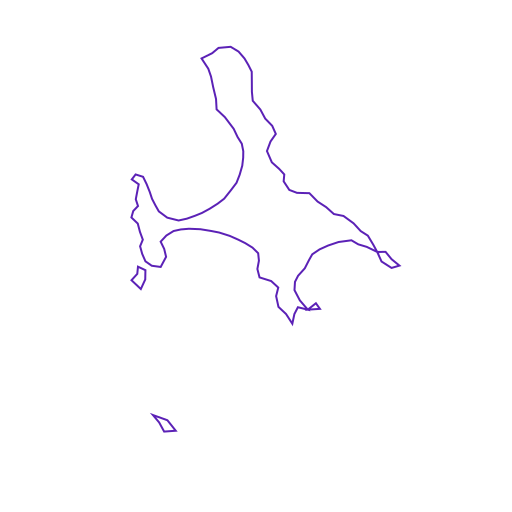 Bombinhas, Santa Catarina, Brazil, rotated 106°
{"feature_id": "56859067B26603049963849", "entity_name": "Bombinhas", "entity_type": "district", "adm_level": 2, "iso_a3": "BRA", "parent_name": "Brazil", "parent_adm1": "Santa Catarina", "projection": "natural_earth1", "projection_center": [-48.508, -27.166], "detail": "fine", "context": "isolated", "style": "outline", "palette": "violet", "viewbox_px": 512, "rotation_deg": 106, "n_neighbors": 0, "source": "geoboundaries", "source_scale": "gbopen_adm2", "svg_char_len": 1874}
<svg xmlns="http://www.w3.org/2000/svg" viewBox="0 0 512 512"><g transform="rotate(106 256 256)"><path d="M293.3,191.4L286.6,201.6L278.2,209.6L270.1,211.4L263.4,210.1L254.4,205.7L245.2,203.9L238.9,202.4L232.1,196.7L226.0,189.5L219.8,180.5L214.6,168.6L216.6,160.9L216.7,152.0L218.7,140.6L212.9,146.3L205.6,154.1L203.2,162.2L197.7,171.2L193.4,182.9L194.2,192.7L189.7,202.0L186.7,211.8L180.9,222.0L184.0,234.0L183.3,242.2L176.6,250.0L169.8,251.3L165.9,257.7L161.6,266.6L152.1,274.4L141.9,273.6L133.2,270.6L126.4,276.3L121.4,285.0L114.0,292.2L107.7,301.9L99.3,305.2L90.1,307.9L80.0,310.9L74.4,316.1L69.3,321.5L64.3,329.1L61.9,338.0L66.3,349.4L73.1,354.0L81.1,362.8L89.1,353.5L95.9,348.7L105.3,343.8L116.1,337.7L125.9,334.3L131.1,324.2L139.9,312.5L146.7,306.5L152.0,300.6L158.8,297.1L165.1,295.4L173.0,294.1L182.4,294.1L191.0,294.9L199.8,298.3L209.7,302.4L216.3,307.3L223.4,313.6L229.5,319.8L234.2,325.8L239.2,332.8L243.2,340.2L243.6,351.9L239.9,361.7L235.2,366.5L229.7,371.7L223.7,375.8L217.0,381.0L211.0,386.4L210.8,394.2L216.6,396.5L219.4,388.5L225.8,388.0L234.6,387.2L240.5,383.2L246.6,386.4L253.3,386.4L257.4,378.6L264.8,374.2L271.5,369.3L278.6,370.1L285.3,366.0L291.6,360.8L294.1,353.5L292.8,344.6L281.6,342.2L274.5,346.2L268.5,351.6L261.0,347.8L254.7,342.1L251.2,335.6L248.3,328.0L245.6,316.9L244.3,306.0L243.6,297.9L243.9,286.9L245.2,277.5L246.6,269.9L248.9,261.7L252.7,254.7L259.7,251.9L268.1,251.1L275.6,246.7L275.9,234.5L280.2,225.9L289.0,225.6L298.7,220.4L303.5,211.1L311.1,202.4L301.2,203.1L293.7,201.6L293.3,191.4ZM319.5,357.6L309.1,356.0L300.1,358.4L298.8,366.5L305.9,365.2L313.6,369.0L319.5,357.6ZM218.7,140.6L226.7,133.8L230.1,122.4L225.7,115.5L221.7,124.8L216.3,132.6L218.7,140.6ZM442.7,303.2L450.1,295.9L446.1,285.0L438.3,295.9L437.3,311.2L442.7,303.2ZM293.3,191.4L289.2,180.0L284.9,185.4L293.3,191.4Z" fill="none" stroke="#5b21b6" stroke-width="2"/></g></svg>